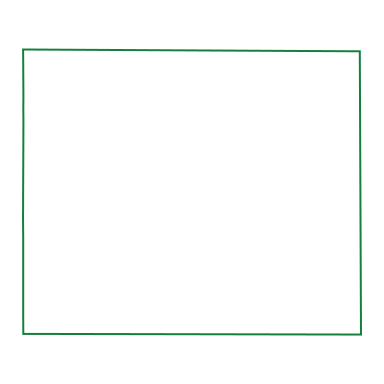 Stanton, Kansas, United States of America (Natural Earth projection)
{"feature_id": "52423323B8394937054481", "entity_name": "Stanton", "entity_type": "district", "adm_level": 2, "iso_a3": "USA", "parent_name": "United States of America", "parent_adm1": "Kansas", "projection": "natural_earth1", "projection_center": [-101.94, 37.563], "detail": "fine", "context": "isolated", "style": "outline", "palette": "green", "viewbox_px": 384, "rotation_deg": 0, "n_neighbors": 0, "source": "geoboundaries", "source_scale": "gbopen_adm2", "svg_char_len": 346}
<svg xmlns="http://www.w3.org/2000/svg" viewBox="0 0 384 384"><path d="M359.8,51.3L23.1,49.5L23.2,61.4L23.4,96.8L23.3,108.8L23.4,117.9L23.4,126.2L23.3,155.8L23.1,196.5L23.1,210.1L23.0,214.9L23.2,238.7L23.2,268.5L23.2,296.7L23.2,296.8L23.2,317.0L23.3,333.9L340.8,334.5L361.0,334.5L359.8,51.3Z" fill="none" stroke="#15803d" stroke-width="2"/></svg>